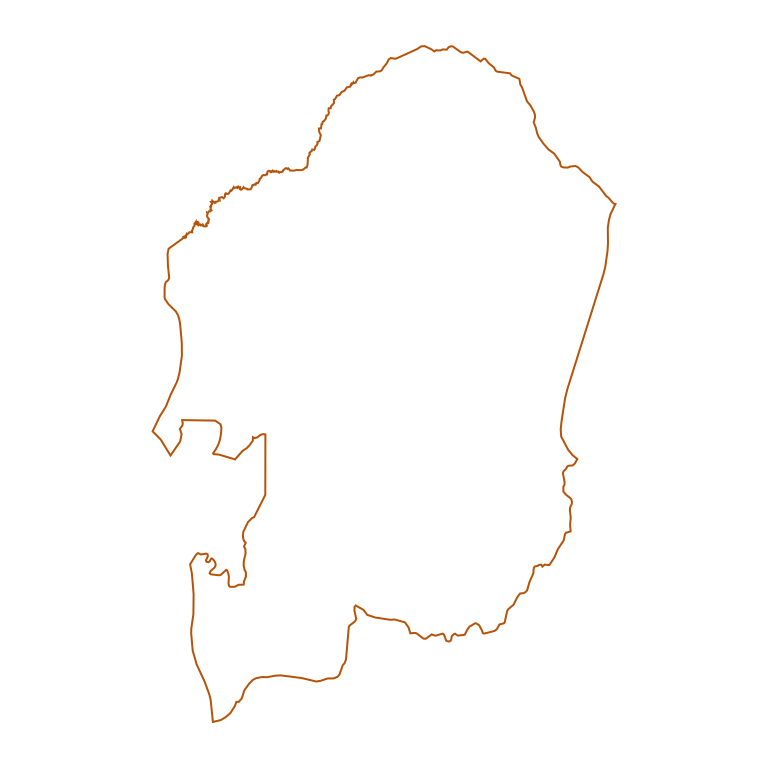 Chetr Borei, Krâchéh, Cambodia (Equal Earth projection)
{"feature_id": "14789045B88905029320909", "entity_name": "Chetr Borei", "entity_type": "district", "adm_level": 2, "iso_a3": "KHM", "parent_name": "Cambodia", "parent_adm1": "Krâchéh", "projection": "equal_earth", "projection_center": [106.168, 12.563], "detail": "fine", "context": "isolated", "style": "outline", "palette": "amber", "viewbox_px": 768, "rotation_deg": 0, "n_neighbors": 0, "source": "geoboundaries", "source_scale": "gbopen_adm2", "svg_char_len": 6070}
<svg xmlns="http://www.w3.org/2000/svg" viewBox="0 0 768 768"><path d="M339.4,674.7L342.7,665.3L344.7,663.0L346.0,659.4L348.8,627.1L349.5,625.6L355.1,621.3L356.2,618.9L354.5,610.8L354.5,607.1L355.7,605.5L363.4,609.8L367.3,614.9L375.2,617.5L390.3,619.8L394.7,619.5L404.9,622.3L408.6,627.5L410.3,633.3L414.9,632.9L416.5,633.3L423.4,638.6L425.2,638.8L426.6,638.2L431.6,634.4L435.5,635.7L442.8,633.6L444.1,634.8L446.2,640.7L448.8,641.6L450.4,640.9L451.1,639.8L451.9,636.0L453.9,634.1L455.0,633.7L457.8,635.6L464.7,634.8L467.2,629.8L469.5,626.6L475.2,623.3L476.1,623.3L479.2,625.3L482.0,630.6L482.8,633.0L484.1,633.6L494.7,630.9L496.9,629.1L499.4,624.5L503.9,623.3L504.7,622.4L507.1,611.2L508.2,609.2L513.6,604.7L517.0,597.7L518.9,594.9L520.1,593.5L523.4,593.2L525.5,592.1L527.1,590.4L529.5,582.0L533.3,573.4L533.7,568.5L534.6,566.5L537.4,566.0L539.3,564.8L541.4,564.7L542.4,566.6L544.8,564.6L549.3,565.1L554.4,557.5L557.8,549.2L563.7,540.4L565.0,534.1L566.1,532.7L570.6,531.4L570.1,524.8L570.7,517.7L569.9,509.7L570.1,507.5L571.8,503.9L571.9,501.9L571.4,499.4L570.3,498.1L566.2,494.9L563.4,491.7L563.3,486.9L564.4,484.9L564.6,482.2L562.9,473.2L563.6,471.2L565.8,469.1L567.3,466.5L568.3,465.8L572.8,465.4L574.9,463.4L577.3,459.0L572.7,455.3L568.2,449.8L561.2,436.6L560.7,429.4L561.5,421.5L565.1,398.3L567.4,389.0L603.4,274.4L605.3,266.6L607.5,251.2L608.0,243.4L607.8,228.0L608.9,220.2L610.5,214.2L615.4,204.0L614.3,203.9L612.6,202.6L608.3,197.5L606.3,196.2L599.1,186.6L592.4,181.6L589.4,177.0L582.9,172.3L578.0,167.2L575.4,166.0L570.5,166.5L567.8,167.6L563.2,167.4L561.1,166.5L560.4,165.0L559.9,161.7L554.2,153.6L548.5,149.5L543.3,143.5L538.6,136.8L537.3,133.7L535.8,127.6L533.7,122.4L535.0,117.5L534.9,114.6L534.0,111.9L530.6,105.7L527.0,101.3L522.2,87.8L520.4,84.6L519.3,78.8L511.9,75.6L509.9,73.3L497.5,71.7L495.8,70.9L493.9,67.4L488.9,63.4L485.1,58.7L483.7,58.7L480.6,61.4L467.6,51.6L463.1,52.8L460.9,52.2L452.7,46.4L451.6,46.2L448.7,47.1L446.7,49.7L442.8,49.4L440.2,50.5L436.2,50.2L434.3,51.5L431.6,49.4L424.6,46.1L421.2,46.4L416.7,49.3L395.6,58.8L390.9,58.0L388.7,59.5L386.7,63.4L383.2,67.7L381.9,70.1L380.3,71.3L376.4,71.6L373.9,74.0L372.3,75.1L371.3,75.0L370.9,75.7L368.6,75.2L362.5,77.5L360.3,77.4L358.1,78.1L355.6,82.7L353.7,83.2L353.4,82.3L351.9,84.3L351.5,83.6L350.8,84.3L350.4,86.6L346.8,87.4L344.5,90.7L341.6,92.0L339.4,95.2L337.0,95.6L335.2,98.9L333.9,99.7L333.9,103.2L331.0,106.4L330.7,108.2L328.7,108.3L328.4,110.9L328.9,112.7L328.4,114.4L327.2,115.6L326.4,115.5L325.8,118.7L324.2,120.8L322.8,121.6L322.2,124.0L321.5,124.2L321.0,128.4L319.0,128.5L319.2,131.9L320.8,135.1L319.5,141.0L317.4,142.0L317.6,143.4L316.8,145.2L315.3,146.7L315.1,148.4L314.2,149.9L312.2,149.5L311.5,151.4L310.5,151.7L309.3,153.2L309.8,154.3L307.9,157.7L307.6,164.6L306.6,167.5L305.9,167.3L303.1,169.6L301.0,170.2L296.3,170.0L294.1,170.6L290.2,170.6L288.4,168.4L287.5,169.0L286.6,168.2L285.5,168.3L282.9,170.5L282.8,171.5L281.1,172.2L280.0,172.0L279.2,172.7L278.0,171.4L276.9,171.8L276.3,171.0L275.3,171.6L274.4,171.2L273.8,171.8L272.7,170.5L271.6,171.2L271.6,172.1L270.6,172.2L269.6,170.9L268.4,170.9L267.5,171.7L267.1,174.3L266.4,174.1L265.5,175.3L263.8,175.0L262.3,175.5L260.6,178.4L259.7,178.8L259.5,180.5L257.8,183.2L256.3,182.9L255.6,184.8L254.3,184.3L253.4,185.3L252.5,185.1L251.1,188.8L249.9,189.4L247.3,189.4L246.9,188.8L244.2,188.1L243.6,187.2L241.5,189.7L240.6,189.7L239.8,189.0L240.1,187.2L238.7,187.4L238.2,186.5L237.5,186.7L237.2,187.9L236.2,187.3L234.1,188.2L233.7,187.2L231.5,190.7L230.6,190.3L228.7,193.6L226.9,194.0L225.9,193.2L225.1,193.9L224.8,196.8L223.7,198.3L222.0,197.1L219.3,197.8L219.6,200.3L218.7,199.8L218.6,200.7L217.6,201.5L215.5,201.8L215.6,202.7L214.9,203.0L212.3,200.7L212.2,201.8L211.0,201.9L212.3,203.8L210.8,205.6L211.1,206.5L210.3,206.8L210.8,208.1L210.4,209.4L211.5,210.3L210.1,211.4L209.0,211.3L208.0,212.9L207.1,212.5L207.5,214.4L207.0,215.7L207.5,217.4L209.0,219.1L208.4,220.0L208.7,220.9L208.1,221.4L208.4,222.9L207.8,223.5L206.7,223.3L206.0,224.8L206.8,225.8L206.1,226.4L203.8,226.3L202.9,224.8L202.6,225.7L201.4,225.0L200.7,225.3L200.4,224.5L198.8,225.0L198.5,222.5L197.7,221.9L197.0,221.9L197.3,224.1L196.7,223.4L196.3,224.1L195.6,223.8L195.7,222.0L194.4,223.7L194.6,225.7L193.3,227.1L192.6,229.8L191.9,230.6L192.2,232.3L189.5,232.2L187.3,234.4L186.7,233.8L185.9,235.9L186.1,237.3L185.1,237.8L184.7,236.3L183.3,236.8L183.4,237.7L182.3,238.8L168.6,248.7L167.6,253.8L167.9,265.2L169.2,277.9L168.4,279.9L166.0,282.0L165.2,283.7L164.6,287.4L164.6,297.5L164.9,299.0L168.5,304.2L175.9,311.5L178.0,315.2L179.1,318.7L180.0,323.0L181.8,342.9L181.9,355.8L179.6,372.1L178.0,378.8L176.5,382.8L170.7,394.6L165.9,406.5L159.9,416.1L152.6,431.3L160.7,439.5L170.5,455.5L180.2,441.4L181.6,434.2L179.9,428.7L182.3,425.7L182.8,423.6L182.1,420.1L215.1,420.6L220.6,424.3L221.4,428.0L221.0,433.8L219.9,439.9L218.4,444.4L215.8,449.4L213.1,453.2L213.6,454.1L219.0,454.6L235.1,459.4L242.3,451.1L246.7,448.2L249.4,445.4L252.8,440.7L253.0,437.2L254.6,438.1L257.3,437.4L259.8,435.3L262.5,434.1L265.4,434.4L265.3,494.9L254.1,517.1L252.1,518.0L248.0,522.1L243.4,531.6L242.9,535.4L243.2,538.5L244.2,541.2L245.7,542.8L244.0,546.5L245.4,549.2L245.5,553.9L243.9,560.6L243.6,565.3L244.6,569.9L245.9,572.3L245.9,576.5L244.0,581.3L243.7,584.6L238.5,584.8L234.9,586.8L230.0,586.8L229.1,586.0L228.5,583.7L228.9,576.5L228.3,573.7L227.2,570.4L226.2,569.9L220.7,574.9L219.0,575.3L210.7,574.3L209.6,573.2L210.5,571.1L214.6,567.5L215.7,565.2L215.3,562.7L213.9,560.3L211.8,558.4L210.9,558.9L209.9,561.2L208.4,562.2L206.7,561.9L205.9,560.6L207.9,556.1L207.5,554.2L206.3,553.6L200.7,554.5L198.1,553.1L197.2,553.7L196.2,554.5L190.1,564.3L191.9,573.6L193.6,594.1L193.4,614.2L191.3,628.6L191.2,633.7L192.7,650.6L196.6,664.3L204.7,681.8L209.4,694.7L210.7,700.2L212.9,721.9L220.8,720.1L226.1,716.8L230.4,713.1L234.9,706.0L236.4,701.8L238.7,701.9L241.8,698.3L244.3,690.4L249.3,683.4L252.9,679.9L255.8,678.3L261.4,677.1L267.1,677.2L275.1,675.7L280.9,675.4L301.5,678.0L316.2,681.5L320.3,680.9L327.6,678.5L333.7,678.4L337.4,676.9L339.4,674.7Z" fill="none" stroke="#b45309" stroke-width="2"/></svg>